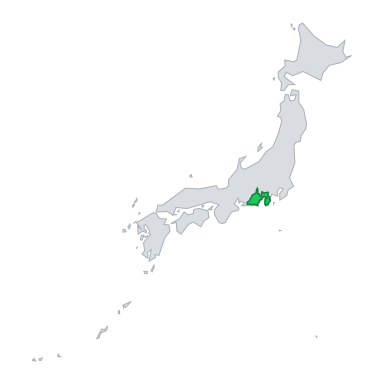 where Shizuoka sits in Japan
{"feature_id": "JPN-1845", "entity_name": "Shizuoka", "entity_type": "Prefecture", "adm_level": 1, "iso_a3": "JPN", "parent_name": "Japan", "parent_adm1": "", "projection": "albers", "projection_center": [138.464, 35.111], "detail": "fine", "context": "in_parent", "style": "filled", "palette": "green", "viewbox_px": 384, "rotation_deg": 0, "n_neighbors": 0, "source": "natural_earth", "source_scale": "10m", "svg_char_len": 6590}
<svg xmlns="http://www.w3.org/2000/svg" viewBox="0 0 384 384"><path d="M292.2,89.7L298.8,91.1L298.8,102.5L303.7,109.6L306.5,123.9L305.7,129.2L301.3,135.2L300.4,141.2L295.7,142.5L293.9,145.7L294.9,163.0L289.5,177.9L293.7,186.3L288.1,190.0L286.8,195.5L279.9,200.1L279.6,193.7L283.2,188.8L279.6,187.7L277.1,191.9L277.5,196.2L271.7,194.1L269.5,201.5L266.1,205.2L265.6,199.2L267.0,198.4L264.4,196.7L257.1,205.6L241.6,205.7L244.6,202.5L240.3,201.4L239.0,203.1L238.2,197.8L234.3,204.0L239.0,208.1L238.6,210.0L231.3,212.3L225.3,222.5L222.2,223.6L218.9,222.4L214.6,214.7L214.4,210.0L218.9,204.6L209.7,201.8L187.3,208.5L175.9,207.5L173.0,215.5L167.6,211.6L156.2,212.0L157.9,205.1L162.7,205.1L185.4,188.2L199.8,188.9L216.2,185.6L218.2,189.3L226.0,188.2L228.7,185.6L228.5,179.7L237.2,169.4L239.3,158.7L245.8,156.5L240.0,163.2L241.5,167.9L244.6,169.3L259.0,161.7L266.5,151.2L272.8,146.9L278.4,133.7L281.7,121.2L280.7,117.4L277.4,116.4L280.8,110.6L280.1,103.8L284.1,100.8L285.3,94.4L288.4,94.9L290.1,101.0L294.7,100.0L296.2,94.5L290.6,95.8L290.6,93.9L292.2,89.7ZM326.3,45.0L337.3,47.4L344.9,40.3L342.8,51.5L345.7,57.3L351.6,55.5L340.9,62.6L329.2,65.3L322.9,73.3L320.8,80.4L303.1,71.5L292.4,75.7L286.1,72.3L284.2,76.7L294.7,84.6L288.6,84.6L283.8,90.7L280.8,90.4L281.6,83.1L278.1,77.1L278.3,72.0L285.3,65.7L284.7,60.0L294.0,61.8L296.8,60.1L300.9,40.0L298.4,29.0L299.3,24.9L302.5,23.0L314.4,36.4L326.3,45.0ZM159.3,218.5L166.5,219.0L163.9,224.4L168.9,225.0L170.0,231.3L164.7,238.0L158.9,255.4L155.1,254.6L155.3,257.6L149.1,261.2L151.3,249.8L147.9,251.9L147.9,258.3L141.9,254.0L144.6,251.0L143.5,242.7L150.5,234.4L148.6,233.6L149.5,230.7L145.6,224.6L144.0,225.7L144.3,230.0L146.4,230.1L146.4,232.7L142.5,231.2L138.2,234.2L137.6,225.9L141.7,229.7L136.5,222.8L153.3,212.6L156.5,213.8L159.3,218.5ZM198.5,208.3L207.9,210.8L209.1,217.6L203.9,221.0L200.9,226.9L193.4,222.1L188.5,224.4L181.1,234.2L177.0,231.2L176.3,222.5L170.9,223.7L179.8,218.4L184.2,211.9L187.7,214.8L193.1,213.6L193.6,209.9L198.5,208.3ZM106.8,330.3L100.6,333.2L99.1,337.9L96.7,338.6L101.6,329.1L104.4,329.8L107.2,326.5L106.8,330.3ZM262.4,147.5L257.8,151.4L258.1,147.3L261.5,143.3L260.8,147.3L262.4,147.5ZM131.1,301.5L125.7,307.5L122.9,305.2L131.1,301.5ZM142.1,240.2L140.4,239.8L141.5,235.3L143.8,235.1L142.1,240.2ZM212.0,209.9L208.4,209.6L213.2,205.6L211.7,208.0L212.0,209.9ZM147.2,273.6L144.6,273.4L143.9,271.3L147.6,271.6L147.2,273.6ZM137.0,200.9L133.9,203.5L136.9,198.5L137.0,200.9ZM152.2,271.8L151.0,270.9L154.2,264.7L153.9,267.8L152.2,271.8ZM123.0,229.2L125.4,229.7L126.0,231.7L123.1,232.2L123.0,229.2ZM134.7,205.0L132.4,207.2L133.1,204.3L134.7,205.0ZM35.5,361.0L32.4,360.4L32.4,359.9L34.1,358.5L35.5,361.0ZM192.1,176.9L190.3,177.2L189.9,175.3L191.2,174.6L192.1,176.9ZM128.9,228.8L127.9,226.8L129.8,223.9L130.6,226.4L128.9,228.8ZM42.3,358.0L41.0,360.5L39.5,360.4L38.9,358.9L42.3,358.0ZM119.7,313.8L118.2,313.5L118.6,310.7L119.3,310.6L119.7,313.8ZM295.0,29.7L293.2,29.2L293.0,28.3L294.4,27.9L295.0,29.7ZM147.9,235.9L145.4,237.3L144.7,236.5L147.9,235.9ZM274.0,80.1L273.0,78.4L274.6,77.8L274.0,80.1ZM173.9,215.0L175.4,214.5L177.3,214.5L173.9,215.0ZM292.0,24.3L291.8,27.3L291.0,24.1L292.0,24.3ZM135.6,221.9L133.5,223.6L136.6,220.7L135.6,221.9ZM60.4,356.7L57.7,356.5L58.3,354.3L58.9,355.5L60.4,356.7ZM140.1,213.2L138.6,214.5L139.3,212.6L140.1,213.2ZM203.8,205.4L202.7,207.3L201.8,205.6L203.8,205.4ZM124.2,306.6L123.7,307.8L123.3,306.2L124.2,306.6ZM274.2,202.5L273.7,204.0L273.4,202.5L274.2,202.5ZM137.3,248.0L136.1,248.3L137.3,247.2L137.3,248.0ZM178.9,210.2L178.9,211.9L177.7,211.6L178.9,210.2ZM280.7,230.6L279.4,230.9L279.4,230.1L280.7,230.6ZM316.8,336.2L317.0,337.8L316.0,336.1L316.8,336.2Z" fill="#d9dde1" stroke="#a8b0b8" stroke-width="1"/><path d="M269.6,196.8L269.5,197.0L269.3,197.5L269.3,197.9L269.7,198.0L269.7,198.3L269.6,198.6L269.5,198.8L269.7,199.2L270.1,199.4L270.3,199.8L270.3,200.4L270.2,201.0L269.9,201.0L269.7,201.2L269.5,201.4L269.5,201.7L269.3,202.0L269.1,202.3L269.0,202.5L268.9,202.7L268.7,202.8L268.5,203.0L268.3,203.3L268.4,203.5L268.2,203.8L268.1,204.1L268.1,204.4L268.2,204.7L268.1,204.8L267.9,204.7L267.5,204.5L266.9,205.0L266.4,205.3L266.1,205.6L265.8,205.5L265.6,205.3L265.5,205.1L265.2,204.7L265.3,204.5L265.2,204.3L265.1,204.2L264.9,204.1L264.8,203.7L264.8,203.4L265.0,203.2L265.0,202.5L264.8,201.9L265.0,201.7L265.0,201.4L265.0,201.0L264.9,200.8L265.0,200.6L265.2,200.4L265.4,200.4L265.3,200.1L265.2,200.0L265.0,199.6L265.0,199.2L265.2,198.8L265.4,198.4L265.9,198.4L266.3,198.5L266.6,198.5L266.8,198.5L267.0,198.3L266.3,197.5L266.1,197.1L265.6,196.8L264.8,196.6L264.1,196.5L263.7,196.7L263.3,196.9L262.6,196.9L262.2,197.2L261.8,198.0L261.4,198.3L261.4,198.8L261.5,199.0L261.5,198.6L261.9,198.5L261.6,199.2L261.0,199.5L260.5,199.7L260.1,200.0L259.6,200.2L259.4,200.4L259.3,200.7L259.2,200.9L259.1,201.2L259.1,201.4L259.2,201.7L259.0,202.0L258.9,202.2L258.6,202.7L258.0,203.2L257.5,203.6L257.3,204.5L257.2,204.8L257.3,205.2L257.6,205.2L257.8,205.5L257.2,205.5L255.2,204.6L254.1,204.4L253.1,204.4L251.7,204.8L250.2,204.3L249.0,204.2L248.3,204.2L247.2,204.3L247.2,204.0L247.2,203.9L247.2,203.7L247.2,203.4L247.2,202.9L247.3,202.6L247.5,201.9L247.8,201.7L248.6,201.5L248.7,201.4L248.8,201.4L249.2,201.0L249.3,200.8L249.4,200.5L249.5,200.3L250.0,199.7L250.1,199.4L250.2,198.7L250.4,198.5L251.2,197.7L251.4,197.4L251.7,196.9L251.8,196.5L251.8,196.1L251.9,195.5L252.4,195.4L252.9,194.8L253.2,194.7L253.8,194.2L254.0,194.1L254.4,194.0L254.5,193.9L254.8,193.7L255.0,193.5L255.1,193.4L255.5,193.3L255.8,193.2L256.1,192.8L256.3,192.6L256.3,192.4L256.3,192.2L256.2,192.0L256.1,191.9L256.1,191.7L256.4,191.3L256.5,191.1L256.5,190.9L256.4,190.6L256.5,190.3L256.5,190.1L256.5,189.8L256.5,189.6L256.6,189.4L256.9,189.3L257.0,189.1L257.2,188.6L257.3,188.3L257.5,188.6L257.6,189.2L257.8,189.9L257.9,190.1L257.9,190.9L257.9,191.0L257.8,191.4L257.8,191.5L257.8,192.0L257.7,192.7L257.7,192.9L257.7,193.1L257.8,193.2L257.8,193.4L257.8,193.6L258.0,193.8L258.5,193.8L258.8,193.8L259.1,193.8L259.3,193.9L259.4,194.2L259.6,195.2L259.7,195.4L259.8,195.6L260.0,195.8L260.3,196.1L260.5,196.2L260.8,196.2L261.0,196.1L261.3,195.9L261.5,195.7L261.6,195.3L261.6,195.1L261.5,194.9L261.5,194.5L261.5,193.9L261.6,193.3L261.7,192.4L261.8,192.2L262.0,191.8L262.7,192.3L263.0,192.4L263.3,192.4L263.5,192.6L263.8,192.9L264.1,192.9L265.9,192.7L266.9,192.4L267.8,192.3L268.1,192.4L268.1,192.5L268.1,192.8L268.1,193.0L268.2,193.6L268.3,193.8L268.2,194.0L268.0,194.4L267.9,194.6L267.8,194.9L267.9,195.4L268.1,195.7L268.3,196.2L268.4,196.3L268.5,196.4L268.7,196.5L269.0,196.6L269.3,196.7L269.6,196.8Z" fill="#22c55e" stroke="#15803d" stroke-width="1.5"/></svg>